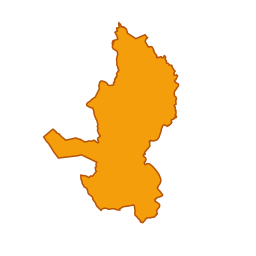 Birnin Gwari, Kaduna, Nigeria, rotated 137°
{"feature_id": "59680162B79463473975333", "entity_name": "Birnin Gwari", "entity_type": "district", "adm_level": 2, "iso_a3": "NGA", "parent_name": "Nigeria", "parent_adm1": "Kaduna", "projection": "robinson", "projection_center": [6.471, 10.872], "detail": "fine", "context": "isolated", "style": "filled", "palette": "amber", "viewbox_px": 256, "rotation_deg": 137, "n_neighbors": 0, "source": "geoboundaries", "source_scale": "gbopen_adm2", "svg_char_len": 5771}
<svg xmlns="http://www.w3.org/2000/svg" viewBox="0 0 256 256"><g transform="rotate(137 128 128)"><path d="M165.2,45.2L164.1,46.9L163.6,48.0L162.9,48.2L158.8,48.9L157.9,49.6L157.2,50.3L157.1,51.0L157.3,52.6L157.5,54.0L158.2,55.6L157.7,56.1L157.8,56.5L157.6,57.1L156.7,57.5L156.1,57.4L156.0,57.1L155.7,57.0L155.3,57.3L154.7,57.4L150.7,55.5L148.8,55.1L148.3,55.4L148.0,57.4L147.8,59.2L147.8,63.2L147.4,64.0L146.9,64.0L146.8,64.5L146.6,64.6L142.6,65.5L139.9,66.9L138.8,68.6L137.3,72.2L136.8,74.3L136.3,78.2L136.2,82.7L136.6,86.5L137.0,87.7L138.1,88.8L138.6,89.0L139.8,89.0L140.3,89.3L140.6,90.0L140.5,90.3L140.0,90.8L139.7,91.6L139.3,92.0L138.4,91.6L137.7,92.1L136.5,92.4L135.8,93.4L135.6,94.1L135.6,94.6L135.9,96.7L135.8,97.1L135.4,97.3L135.0,98.0L134.8,98.1L133.9,97.1L133.2,97.3L133.2,98.2L132.9,98.4L132.7,98.2L132.1,98.8L130.7,99.3L130.4,99.3L130.2,99.0L128.0,99.5L127.5,99.3L127.3,99.6L126.2,99.6L124.6,99.8L124.1,100.0L123.9,100.6L122.3,102.2L122.1,103.2L121.9,103.4L121.0,103.1L120.9,103.7L120.1,103.7L120.1,103.3L119.1,102.3L118.4,101.4L117.2,100.5L114.6,99.5L111.4,100.2L108.3,101.9L106.9,102.5L103.9,104.7L103.2,104.9L100.9,106.0L100.2,106.0L99.5,105.7L99.4,105.2L98.7,104.4L98.4,102.7L97.3,102.2L96.7,102.6L96.2,101.9L95.1,102.1L94.5,101.8L93.8,102.0L93.2,102.0L92.6,102.3L92.1,102.2L91.7,103.2L90.7,104.4L89.5,103.9L89.1,103.6L88.6,103.5L88.1,103.6L87.7,103.3L87.3,103.8L86.9,103.8L86.4,103.2L85.7,102.8L84.9,103.1L84.7,103.3L84.6,103.8L85.2,103.6L85.4,104.1L84.9,104.4L84.6,105.3L84.3,105.6L83.3,105.6L82.6,106.5L82.1,106.7L81.5,107.6L81.7,108.2L80.9,108.4L80.4,109.6L79.7,110.6L79.6,111.2L79.1,111.4L79.0,111.8L79.1,112.3L78.7,113.1L77.6,113.0L76.8,112.6L76.5,113.1L76.1,113.2L75.9,113.8L75.0,114.4L74.5,115.6L74.1,115.6L73.2,116.1L72.6,116.1L72.3,117.1L71.9,117.7L71.8,118.0L72.1,119.1L71.9,119.8L71.7,120.4L69.8,122.6L68.6,123.1L62.2,124.5L61.2,125.8L62.1,128.6L61.9,129.0L62.1,129.9L62.0,130.5L61.3,131.1L60.7,130.8L60.0,130.7L59.6,131.0L57.4,131.8L56.2,132.3L56.2,133.8L57.3,134.1L58.2,135.5L57.3,136.7L56.8,136.6L56.2,137.2L54.8,137.4L54.8,137.8L54.9,138.8L54.6,139.6L54.5,141.3L53.8,143.2L53.3,143.7L53.6,144.5L54.3,145.2L54.9,146.0L54.7,146.5L54.6,147.7L55.4,148.8L55.4,149.3L55.1,149.7L54.7,149.9L54.5,150.6L54.0,151.3L54.1,152.4L53.5,153.2L52.1,154.1L52.2,154.9L52.0,155.4L52.0,156.0L52.6,156.1L52.9,155.5L53.5,155.6L54.1,155.5L54.7,155.7L55.2,156.3L55.3,156.7L55.0,157.1L55.5,157.9L56.7,158.2L57.0,158.4L57.6,159.2L58.3,159.1L58.6,159.4L58.9,160.1L58.7,160.6L57.7,161.1L57.7,162.2L57.4,162.6L57.4,164.5L56.9,165.7L56.9,166.4L56.3,166.8L56.1,167.3L55.1,170.9L55.4,171.6L56.9,172.6L57.8,173.3L57.8,173.6L57.3,175.6L57.1,177.0L56.7,178.1L56.7,179.0L56.5,179.4L55.9,180.0L55.1,180.3L54.3,180.8L53.0,180.6L52.1,180.7L52.2,181.5L52.2,183.1L51.9,184.6L61.3,188.0L63.7,197.5L61.7,201.5L61.8,201.8L61.9,202.0L61.8,202.3L61.9,202.8L62.2,203.0L61.9,203.7L62.2,204.6L62.3,204.5L62.4,204.9L62.9,205.1L63.0,205.4L62.9,205.6L63.3,206.2L63.7,206.3L64.0,206.6L63.4,207.4L63.3,208.0L63.1,208.2L63.2,208.4L62.8,209.0L63.0,209.3L62.9,209.8L63.1,210.0L62.9,211.1L63.4,210.9L64.5,209.8L64.7,208.6L65.0,208.3L66.0,208.0L66.2,207.8L66.8,207.8L67.9,208.8L68.2,208.7L68.5,208.4L69.2,207.2L69.6,206.1L70.0,206.0L70.3,206.6L70.9,206.8L71.8,206.5L72.3,206.8L73.5,202.4L75.0,199.9L79.4,202.1L79.6,202.0L79.7,201.1L79.5,200.5L79.8,200.4L80.2,200.6L80.5,200.8L80.9,201.4L81.0,201.4L81.5,200.7L82.1,200.3L81.8,199.3L82.9,199.1L84.3,197.8L84.5,197.3L84.8,195.7L83.6,191.4L85.3,188.9L89.3,186.3L91.4,183.6L93.2,181.6L93.7,179.9L94.5,178.9L94.4,178.2L94.6,178.1L95.3,176.9L95.3,176.4L96.0,176.1L96.6,176.4L96.9,176.3L97.1,176.0L99.1,175.7L99.9,174.7L100.1,174.1L100.7,173.5L101.2,173.6L102.2,173.5L102.3,172.9L102.8,172.8L103.6,172.7L103.8,173.0L104.2,172.9L105.5,171.9L106.0,171.0L106.6,170.7L107.1,170.8L107.5,171.2L108.0,170.5L109.1,169.4L111.9,171.1L113.3,172.8L112.9,174.9L113.0,176.4L113.5,177.7L114.5,179.5L115.6,180.8L116.9,180.8L117.9,180.6L118.6,179.9L120.4,178.9L122.3,176.2L130.8,173.0L135.6,173.7L137.8,173.4L138.4,173.7L139.7,174.0L142.0,173.7L142.8,172.6L141.8,169.1L140.3,166.4L140.7,165.3L141.1,164.9L141.6,163.5L142.5,162.4L143.7,160.5L145.3,156.4L145.3,155.8L145.8,154.5L147.8,150.8L149.4,150.1L150.2,148.2L150.9,148.0L152.1,146.9L152.3,146.0L153.0,144.9L153.0,144.3L153.3,143.3L153.8,142.6L153.5,141.7L153.9,141.0L156.8,141.2L157.7,140.7L158.3,140.1L158.6,138.4L159.1,137.6L160.2,137.7L160.9,140.6L160.8,141.2L161.2,142.3L163.8,143.3L165.5,145.4L166.2,145.7L167.0,145.9L168.4,146.8L169.2,147.6L169.4,147.9L169.4,148.5L169.8,149.0L169.8,149.8L170.6,151.9L170.7,152.7L171.5,153.2L172.8,156.2L182.1,161.7L181.9,162.7L182.6,167.0L182.4,170.6L183.5,172.9L183.5,173.5L183.2,173.7L183.1,174.0L183.5,175.2L183.2,176.1L183.5,176.7L183.5,177.9L183.7,178.4L195.8,179.0L196.7,173.7L196.7,170.6L198.6,161.1L199.4,153.5L183.6,141.9L180.4,140.2L174.2,124.3L176.1,123.4L177.5,121.3L178.9,121.4L180.6,119.0L180.6,117.9L186.9,117.0L188.0,118.4L190.5,118.5L191.3,121.4L194.7,125.7L197.1,122.8L198.6,119.6L199.4,118.4L199.6,116.7L200.3,115.0L199.3,112.1L199.4,111.4L199.8,111.0L200.1,110.1L201.4,107.9L201.8,106.7L201.1,102.1L201.4,101.2L202.3,100.1L202.7,97.9L202.7,96.2L204.1,92.3L203.9,86.1L202.6,86.4L201.5,86.2L199.3,84.9L198.5,83.8L197.8,82.0L196.5,80.9L194.6,79.8L193.7,78.9L193.0,77.9L191.8,75.6L190.7,74.3L189.7,73.6L189.2,74.8L187.6,74.1L186.7,74.1L184.6,73.3L180.8,70.5L177.5,68.6L176.4,67.6L176.5,66.8L177.0,65.9L178.7,63.4L179.3,62.7L180.5,61.7L182.2,59.7L182.2,58.0L182.0,56.9L182.2,56.3L182.3,53.7L182.1,52.1L182.3,51.0L182.8,51.2L182.9,50.7L181.8,48.7L179.3,48.9L178.3,49.0L177.4,49.4L175.4,49.2L175.1,48.8L173.8,48.0L172.5,46.7L171.6,46.5L169.5,44.9L166.4,45.1L166.4,45.5L166.1,45.5L165.6,45.2L165.2,45.2Z" fill="#f59e0b" stroke="#b45309" stroke-width="1.5"/></g></svg>